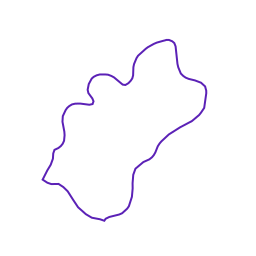 the district of Yangdok, P'yŏngan-namdo, North Korea, rotated 289°
{"feature_id": "82179303B23606982482595", "entity_name": "Yangdok", "entity_type": "district", "adm_level": 2, "iso_a3": "PRK", "parent_name": "North Korea", "parent_adm1": "P'yŏngan-namdo", "projection": "orthographic", "projection_center": [126.837, 39.187], "detail": "fine", "context": "isolated", "style": "outline", "palette": "violet", "viewbox_px": 256, "rotation_deg": 289, "n_neighbors": 0, "source": "geoboundaries", "source_scale": "gbopen_adm2", "svg_char_len": 1353}
<svg xmlns="http://www.w3.org/2000/svg" viewBox="0 0 256 256"><g transform="rotate(289 128 128)"><path d="M208.7,119.0L199.7,114.0L196.8,113.3L190.4,112.9L187.3,113.3L179.4,115.7L176.3,115.9L173.6,115.2L170.5,113.8L167.8,111.5L167.3,108.8L171.3,98.3L171.8,95.3L171.9,91.8L171.2,89.0L169.5,84.0L167.6,81.2L165.2,78.9L162.9,77.6L156.8,76.6L151.0,77.4L148.1,79.2L144.3,84.7L142.0,86.7L139.1,86.7L137.4,83.9L135.6,75.2L133.9,70.3L132.1,67.4L129.6,65.3L127.3,64.0L124.6,63.2L118.0,62.5L112.6,64.0L103.8,69.0L100.5,70.4L95.1,71.7L91.9,71.4L89.1,70.4L86.4,68.7L83.4,65.6L79.6,65.6L74.5,67.0L68.1,66.9L61.6,65.5L51.4,64.1L50.0,69.6L50.0,73.7L52.5,80.6L51.1,86.1L48.5,91.6L42.0,99.8L36.8,106.6L32.8,116.2L31.4,123.0L32.6,131.3L32.6,135.8L34.9,136.4L37.8,139.3L43.3,147.8L45.5,150.2L51.5,153.5L54.3,154.3L64.2,154.1L72.3,152.1L77.3,150.3L85.5,148.2L92.0,148.3L100.8,153.6L105.3,158.4L108.1,160.2L110.7,161.2L113.8,161.8L120.4,162.1L123.6,162.9L126.2,163.9L135.2,168.7L145.7,177.1L155.4,186.2L163.4,191.0L166.2,192.0L171.8,193.5L186.3,190.7L188.8,189.8L191.6,187.9L192.4,187.4L194.6,182.3L194.8,175.8L194.2,169.4L194.4,166.1L195.2,163.3L196.7,160.2L201.7,155.8L204.7,153.9L220.7,146.4L223.4,144.1L224.4,141.6L224.6,138.0L223.7,135.5L223.0,134.6L221.9,132.9L218.1,127.4L215.8,124.9L210.9,120.5L208.7,119.0Z" fill="none" stroke="#5b21b6" stroke-width="2"/></g></svg>